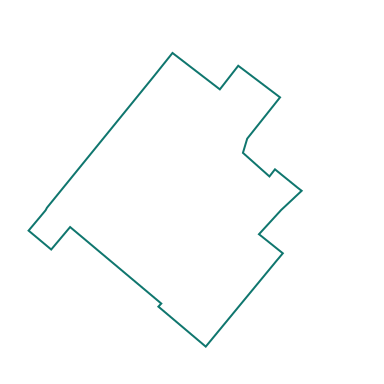 the district of Morgan, Ohio, United States of America, rotated 306°
{"feature_id": "52423323B32788955396058", "entity_name": "Morgan", "entity_type": "district", "adm_level": 2, "iso_a3": "USA", "parent_name": "United States of America", "parent_adm1": "Ohio", "projection": "albers", "projection_center": [-81.828, 39.61], "detail": "fine", "context": "isolated", "style": "outline", "palette": "teal", "viewbox_px": 384, "rotation_deg": 306, "n_neighbors": 0, "source": "geoboundaries", "source_scale": "gbopen_adm2", "svg_char_len": 441}
<svg xmlns="http://www.w3.org/2000/svg" viewBox="0 0 384 384"><g transform="rotate(306 192 192)"><path d="M185.8,300.8L195.8,301.5L197.2,271.0L229.8,274.7L257.4,280.0L257.6,274.2L259.1,245.8L250.1,245.5L253.6,210.2L267.6,205.3L320.3,207.6L321.3,155.2L291.4,154.2L293.0,94.5L262.9,93.1L94.1,83.9L91.1,84.3L64.7,82.5L62.7,111.9L92.0,114.0L83.7,232.7L79.5,232.2L75.0,294.0L185.8,300.8Z" fill="none" stroke="#0f766e" stroke-width="2"/></g></svg>